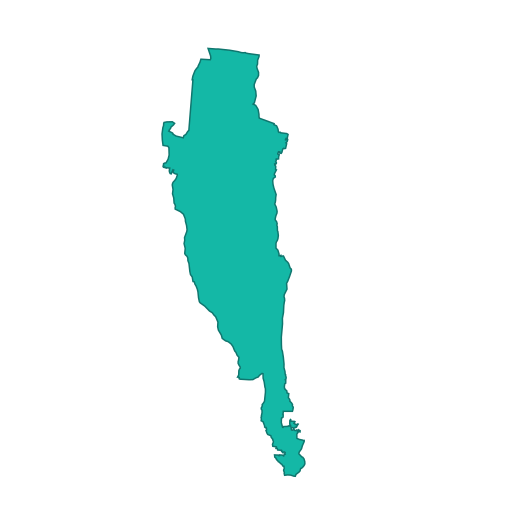 outline of Colonesti, Bacau, Romania, rotated 210°
{"feature_id": "2599482B76470777389020", "entity_name": "Colonesti", "entity_type": "district", "adm_level": 2, "iso_a3": "ROU", "parent_name": "Romania", "parent_adm1": "Bacau", "projection": "albers", "projection_center": [27.253, 46.606], "detail": "fine", "context": "isolated", "style": "filled", "palette": "teal", "viewbox_px": 512, "rotation_deg": 210, "n_neighbors": 0, "source": "geoboundaries", "source_scale": "gbopen_adm2", "svg_char_len": 6102}
<svg xmlns="http://www.w3.org/2000/svg" viewBox="0 0 512 512"><g transform="rotate(210 256 256)"><path d="M353.8,431.6L364.0,427.4L366.2,426.7L367.0,426.8L368.7,425.6L370.5,424.8L373.7,424.0L381.8,421.0L392.4,416.3L394.2,415.2L401.3,411.8L395.3,406.5L393.9,404.5L393.7,403.1L402.1,398.9L401.4,395.8L401.1,391.8L400.8,390.4L401.2,389.0L401.5,385.9L400.6,380.2L399.4,376.7L398.7,377.0L377.0,331.3L377.4,329.6L377.5,326.2L378.6,324.2L378.1,322.0L385.2,319.9L388.9,320.0L389.2,320.6L390.3,320.8L394.0,320.5L394.0,320.9L393.8,320.9L393.9,321.8L394.1,321.9L393.8,323.8L394.1,325.0L393.0,328.3L392.8,330.2L395.6,330.4L400.2,327.6L402.4,325.7L402.3,324.8L401.3,322.8L400.8,320.5L398.4,314.7L395.1,309.6L391.8,305.3L387.3,307.0L385.6,306.3L381.7,300.0L380.5,295.8L380.5,291.6L381.5,290.9L382.2,289.8L382.0,289.1L381.4,288.6L381.5,287.5L381.2,287.0L380.5,286.6L380.1,286.7L379.6,287.5L379.3,287.5L379.2,287.0L377.6,287.3L377.6,287.7L374.6,289.0L374.0,287.0L373.8,287.0L373.2,285.7L371.6,284.5L370.5,284.7L371.1,289.2L370.2,289.3L370.0,287.6L369.1,286.8L367.1,286.8L365.1,287.4L364.6,286.8L363.9,283.3L364.1,280.9L364.6,278.8L364.6,277.4L364.1,275.7L361.1,272.1L359.4,268.1L356.3,265.2L353.4,260.9L352.0,260.2L350.6,258.8L350.2,257.4L349.4,256.2L343.7,256.6L339.7,255.9L335.8,252.8L334.4,250.7L331.4,247.7L328.9,244.4L328.2,242.6L327.1,236.2L325.6,234.0L324.5,230.8L321.1,227.2L319.0,222.6L317.9,221.8L315.5,221.2L314.1,220.2L312.6,217.9L310.3,216.0L305.7,209.7L303.4,207.1L300.8,206.0L297.8,202.4L296.5,202.8L294.8,201.1L293.1,200.2L290.3,198.0L288.4,196.0L284.9,191.1L282.2,188.1L280.9,187.5L275.4,187.0L268.8,185.1L265.4,185.0L263.1,183.9L260.5,183.2L255.9,179.7L253.8,175.5L251.5,173.0L246.5,170.2L244.0,167.7L239.9,167.3L237.3,167.9L233.6,167.4L230.6,166.0L228.1,164.0L226.7,163.0L225.3,162.6L222.7,160.6L220.1,159.7L218.9,156.7L218.8,155.9L217.8,154.1L215.9,152.8L214.5,152.2L213.5,151.0L213.8,149.7L213.5,148.1L211.5,144.3L211.4,141.9L210.2,142.5L209.7,142.4L209.3,141.3L208.3,141.3L199.9,145.5L196.9,147.4L195.2,150.4L193.6,152.3L193.3,154.5L192.1,157.3L191.1,157.6L188.7,153.7L186.0,151.1L182.7,146.9L181.5,145.8L179.7,142.7L176.0,134.4L176.1,131.9L176.4,130.5L175.7,129.5L175.7,128.9L175.4,128.4L175.5,127.0L174.7,125.9L173.7,125.5L172.4,123.3L171.4,120.2L170.9,119.7L171.0,118.9L169.8,117.5L169.2,115.9L167.0,116.0L163.6,113.2L163.0,112.2L161.9,112.0L161.5,112.5L160.9,112.1L159.9,110.7L160.0,110.4L159.8,110.0L160.0,109.8L158.0,108.1L156.6,107.3L153.3,107.8L152.1,106.5L149.8,105.7L149.7,105.2L148.3,104.3L147.8,103.0L147.6,101.2L146.3,99.6L143.0,100.9L142.5,99.4L141.4,100.0L140.3,98.8L136.7,100.5L136.0,100.0L136.1,99.6L134.3,99.1L134.3,99.8L133.5,100.5L132.5,100.4L132.3,99.4L131.7,98.9L132.4,98.4L132.1,96.7L133.7,96.7L136.2,95.5L135.8,94.9L136.3,94.5L137.4,94.6L140.5,93.0L139.2,91.2L137.4,90.8L137.1,90.3L136.4,90.2L136.0,89.8L134.4,89.4L133.8,89.0L132.5,89.1L130.9,88.5L129.7,88.6L127.6,87.5L126.7,87.9L125.2,85.9L125.2,84.9L124.8,84.0L123.2,82.7L122.9,81.8L121.6,80.4L119.2,82.2L116.4,83.6L113.0,84.3L111.8,84.9L112.2,86.8L110.7,90.4L110.4,91.8L111.1,94.3L110.4,95.0L109.7,97.4L109.6,99.5L109.8,100.5L111.0,102.4L113.0,104.3L115.0,105.1L115.8,104.9L119.9,106.1L120.3,106.6L120.6,108.5L120.4,109.1L120.2,111.8L121.0,115.0L121.5,119.4L122.0,120.3L122.5,119.8L123.2,120.0L126.8,118.8L129.4,118.5L131.6,122.1L131.4,124.0L132.1,124.3L132.1,124.9L129.9,125.7L130.5,126.8L131.5,126.6L132.2,126.9L132.4,126.2L133.8,125.7L134.0,124.8L135.2,124.3L136.1,124.7L137.0,124.3L137.1,123.5L138.3,123.1L139.3,124.2L139.8,125.3L137.9,125.8L137.6,125.5L136.4,126.5L136.4,127.4L135.6,127.7L135.4,128.1L135.4,128.8L135.6,129.0L135.4,131.5L135.8,131.5L136.5,130.4L137.8,129.7L138.2,130.1L139.5,130.1L139.4,132.0L140.0,132.0L143.1,130.4L143.5,130.3L143.9,131.5L144.4,131.6L144.4,130.4L142.7,127.2L141.2,126.5L140.9,125.5L142.2,125.7L143.1,124.9L143.0,124.5L146.8,122.1L146.8,121.1L147.3,120.9L150.8,124.4L152.8,128.2L152.8,128.7L152.5,128.8L152.0,130.0L153.1,132.2L153.8,132.4L153.8,133.2L154.7,135.1L146.8,139.7L147.2,141.5L147.7,142.2L147.7,143.0L148.3,143.8L149.6,144.4L150.2,145.7L151.9,146.6L154.2,147.2L154.5,148.1L155.5,148.8L157.1,149.4L158.8,153.2L160.6,152.9L161.9,154.6L164.5,155.2L164.7,155.6L165.2,155.7L166.2,157.2L167.2,159.7L166.7,160.7L168.0,163.1L168.8,163.4L168.5,164.4L169.3,166.1L170.6,167.2L170.8,167.9L171.8,168.4L173.1,170.4L176.0,173.3L177.7,176.4L181.7,182.0L185.5,186.7L187.2,188.1L189.7,192.0L193.5,198.4L199.1,210.5L202.0,215.3L203.9,220.7L207.2,227.1L208.4,230.1L208.9,231.8L210.2,233.7L211.3,234.6L212.2,236.6L212.6,242.8L215.9,247.7L215.9,249.8L216.6,254.5L217.8,260.6L218.3,261.6L218.9,262.3L220.5,262.7L223.9,265.7L225.3,266.4L228.4,267.1L232.0,269.6L232.5,269.7L234.2,268.0L234.7,268.0L234.8,268.9L236.3,267.8L237.1,269.3L240.0,272.0L242.6,272.8L245.0,276.9L245.4,278.5L245.3,280.1L245.7,282.0L246.9,284.9L249.3,288.1L250.1,288.6L252.2,292.1L253.4,293.1L253.8,294.5L255.3,296.0L257.4,296.9L257.9,297.6L258.9,300.8L259.3,303.6L260.1,305.3L263.0,308.5L265.8,310.4L266.2,312.3L267.0,314.3L268.1,316.3L269.3,319.3L274.5,323.8L277.2,326.7L279.2,329.6L279.8,331.9L278.8,334.1L279.5,335.1L280.7,335.3L281.2,336.7L281.4,340.8L282.3,340.7L283.8,343.6L285.1,344.1L285.8,345.0L285.1,345.2L285.1,345.7L284.7,345.9L284.8,346.8L285.4,347.3L286.1,347.4L286.2,348.7L287.0,349.9L287.0,350.2L286.1,350.5L285.0,351.4L286.0,353.2L286.5,355.3L288.0,355.1L288.4,355.6L288.6,357.6L287.5,358.1L287.0,357.0L285.5,357.5L285.4,358.6L286.3,361.9L286.1,362.0L286.0,363.0L284.9,363.3L284.2,364.0L285.6,368.6L286.7,368.9L286.4,369.5L286.3,371.1L286.8,372.8L287.7,373.4L287.7,372.1L288.5,371.3L288.8,371.7L288.8,372.7L288.3,372.7L288.0,374.1L289.0,377.3L290.6,377.4L296.3,375.0L297.1,375.3L297.9,374.5L298.8,374.8L300.3,376.8L302.8,378.7L303.4,379.0L306.2,378.7L306.5,379.7L322.0,377.0L323.1,378.2L324.3,380.2L327.5,384.0L331.6,386.3L334.5,386.1L334.0,387.8L335.9,394.7L338.7,398.7L342.0,401.4L343.3,403.6L344.2,409.0L344.2,409.8L343.8,411.0L344.1,413.7L345.6,416.3L348.9,419.0L350.0,420.3L350.4,421.0L350.6,422.9L352.5,426.4L353.1,430.2L353.8,431.6Z" fill="#14b8a6" stroke="#0f766e" stroke-width="1.5"/></g></svg>